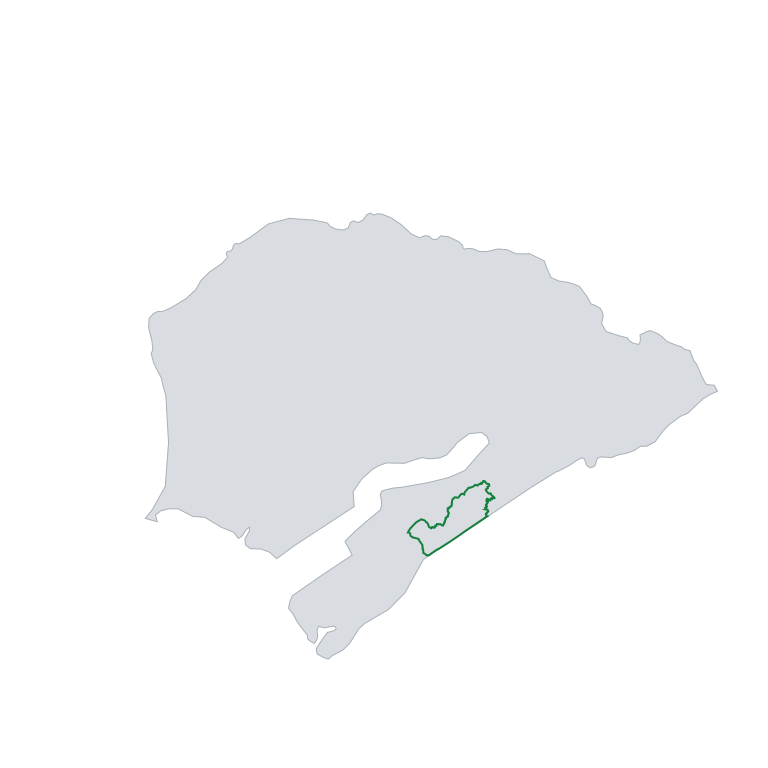 Kolda, Kolda, Senegal (highlighted), rotated 326°
{"feature_id": "50182788B77977720497228", "entity_name": "Kolda", "entity_type": "district", "adm_level": 2, "iso_a3": "SEN", "parent_name": "Senegal", "parent_adm1": "Kolda", "projection": "mercator", "projection_center": [-14.609, 12.87], "detail": "fine", "context": "in_parent", "style": "outline", "palette": "green", "viewbox_px": 768, "rotation_deg": 326, "n_neighbors": 0, "source": "geoboundaries", "source_scale": "gbopen_adm2", "svg_char_len": 8688}
<svg xmlns="http://www.w3.org/2000/svg" viewBox="0 0 768 768"><g transform="rotate(326 384 384)"><path d="M577.3,356.9L585.7,371.7L583.9,378.8L582.0,389.1L586.7,396.6L592.2,401.5L596.2,406.0L600.5,412.2L601.2,424.5L600.5,433.4L603.3,437.4L605.7,442.5L605.2,446.7L603.6,450.5L598.3,455.4L597.4,464.6L606.1,475.8L611.6,481.8L611.5,485.3L613.1,489.1L617.2,493.6L619.7,492.5L622.5,488.9L623.7,486.4L631.1,487.5L634.6,488.6L639.4,495.9L641.1,500.8L642.3,506.8L647.3,514.4L651.6,519.8L652.5,523.1L656.3,527.6L653.9,537.7L654.2,542.8L651.6,556.3L651.0,562.6L651.2,565.0L657.1,569.7L656.4,576.5L650.5,575.3L640.1,574.6L619.3,578.1L612.1,576.6L598.5,577.1L588.8,579.1L576.4,583.5L566.8,582.4L561.6,578.9L554.8,579.1L547.1,577.3L539.0,573.9L531.5,572.2L523.4,566.0L519.6,564.9L517.0,566.5L514.8,568.6L512.4,569.9L508.1,568.8L506.4,564.6L507.8,560.5L508.2,557.4L506.1,555.7L501.2,555.1L493.2,555.2L480.4,553.9L477.5,553.1L448.8,552.0L419.0,551.9L393.7,551.8L361.9,551.7L339.5,551.6L318.6,551.5L302.4,559.8L285.0,568.7L261.5,573.5L234.4,571.7L225.8,573.0L216.9,577.0L210.3,579.9L201.0,581.6L188.9,580.2L184.1,581.0L181.0,577.0L177.6,570.4L179.8,565.5L187.1,562.4L198.1,558.3L203.9,560.4L207.3,560.5L207.9,557.9L206.9,556.5L198.5,553.0L194.2,548.3L190.6,551.0L187.5,556.8L185.0,558.5L181.2,560.1L179.1,556.2L178.2,552.4L179.9,549.5L179.0,533.0L180.0,524.2L179.5,516.5L184.7,511.4L189.7,508.3L209.0,508.0L227.0,507.8L244.3,507.9L261.9,508.1L263.7,492.7L269.3,491.5L277.7,489.9L293.2,488.0L310.6,486.3L314.3,483.2L317.2,478.1L319.0,473.5L322.6,471.6L327.4,473.1L333.8,475.6L340.4,479.3L348.0,482.7L353.0,484.9L365.1,490.3L385.8,497.9L402.8,500.9L423.4,495.3L438.3,491.8L440.1,485.2L437.8,478.7L426.7,472.8L411.7,473.5L407.1,475.1L400.1,477.0L395.8,477.8L388.8,476.4L379.7,471.3L374.1,466.2L366.2,463.7L356.8,461.3L341.7,450.7L333.8,448.8L326.4,448.3L312.1,450.4L298.1,456.0L290.8,468.9L276.8,468.7L247.1,468.3L219.8,467.9L197.3,468.8L195.1,459.5L189.7,452.0L181.1,445.7L179.2,439.8L182.1,434.6L190.5,430.4L192.4,427.4L188.0,427.8L181.4,430.6L177.0,430.7L176.4,422.6L169.1,412.0L160.8,394.2L151.4,386.9L143.6,372.4L135.4,366.9L127.8,364.3L121.3,364.8L119.0,371.4L110.9,361.9L121.9,358.5L145.4,346.6L172.4,312.4L196.6,271.8L199.7,262.2L202.7,254.9L204.6,238.3L208.1,228.4L211.4,226.5L215.5,218.9L220.4,205.6L226.0,198.2L232.3,196.7L237.2,197.4L240.7,200.1L250.9,201.8L267.8,202.5L280.9,200.5L290.1,195.8L302.3,193.5L317.3,193.4L325.2,191.5L326.0,187.7L327.9,186.5L331.1,188.0L334.0,187.4L336.8,184.7L339.6,184.5L342.3,186.9L354.9,187.6L377.4,186.6L398.1,193.7L417.1,208.6L427.0,218.6L427.6,223.5L430.7,228.6L436.4,233.6L441.6,234.6L446.3,231.4L450.0,231.7L452.7,235.6L458.2,236.4L464.2,234.0L468.5,234.8L469.3,237.1L470.3,238.3L473.2,238.9L477.1,241.8L482.6,249.8L487.1,260.8L490.6,274.9L495.2,282.6L500.9,283.9L504.1,286.8L504.8,290.2L506.5,292.5L509.2,293.7L514.0,293.0L519.6,297.7L525.7,308.1L526.6,312.8L525.7,315.3L526.0,317.1L530.1,318.9L533.9,322.3L537.0,327.3L543.7,331.9L554.0,335.8L561.4,341.7L566.0,349.6L575.4,356.2L577.3,356.9Z" fill="#d9dde1" stroke="#a8b0b8" stroke-width="1"/><path d="M325.1,551.0L335.9,550.9L336.0,551.2L336.7,551.3L350.4,551.6L360.1,551.6L369.6,551.4L377.2,551.4L395.8,551.4L395.3,550.7L394.7,549.5L394.9,549.7L395.1,549.7L395.5,549.3L396.2,549.0L396.0,548.5L396.2,548.4L396.8,548.7L397.1,548.5L397.0,548.2L397.0,547.6L397.1,548.2L397.2,548.4L397.5,548.5L397.9,548.4L397.9,548.0L398.1,547.9L398.6,548.0L399.0,547.9L398.8,547.5L398.9,547.3L399.0,547.3L399.5,546.9L399.6,546.7L399.6,546.4L399.2,545.9L399.2,545.3L399.0,544.9L398.9,544.7L398.1,544.8L397.9,544.6L398.4,544.7L398.6,544.4L398.6,543.6L398.6,543.4L398.9,543.0L399.1,543.0L399.2,543.4L399.4,543.5L399.7,543.5L400.1,543.5L400.9,543.1L400.9,542.9L400.9,542.7L400.6,542.3L400.6,542.2L400.6,541.7L400.8,541.4L400.9,541.1L401.3,541.0L401.7,541.2L402.0,541.1L402.2,540.9L402.5,540.9L403.5,540.4L403.7,540.1L404.0,540.1L404.2,539.9L404.2,539.7L404.1,539.4L403.9,539.4L403.4,539.8L403.3,539.7L403.6,539.5L403.7,539.1L403.7,538.9L403.8,538.7L403.7,538.5L403.6,538.1L404.1,538.0L404.7,537.6L404.8,537.6L405.0,537.8L405.3,537.4L405.3,537.2L404.9,537.1L404.8,536.9L405.1,536.7L405.6,537.1L405.9,537.6L405.6,537.9L405.5,538.9L405.6,539.1L405.9,539.0L406.2,539.1L406.8,539.8L406.9,539.7L407.0,539.4L407.2,539.5L407.7,539.2L408.2,538.9L408.3,539.1L408.1,539.1L407.8,539.2L408.0,539.5L408.3,539.6L408.7,539.5L408.9,539.8L409.1,539.9L409.3,539.7L409.5,539.6L409.7,539.3L409.4,539.1L409.5,538.9L409.4,538.8L409.5,538.8L409.8,538.9L410.2,538.9L410.2,539.1L410.6,539.7L411.1,540.2L411.9,540.4L412.0,540.1L411.8,539.1L411.8,538.9L411.7,538.3L411.5,537.8L411.2,537.4L411.1,536.8L411.1,536.5L411.0,535.8L411.3,534.6L411.2,534.4L411.1,534.1L410.3,534.0L409.7,533.6L409.3,532.6L409.3,531.3L409.1,531.1L409.0,530.2L409.1,529.3L409.2,528.5L409.5,528.3L410.8,528.5L411.2,528.4L411.5,528.5L411.8,528.4L411.8,527.8L412.0,527.6L412.2,527.2L412.4,527.0L412.8,527.0L413.3,527.3L413.6,527.4L414.1,527.3L414.6,527.0L414.8,526.6L415.0,525.8L415.0,525.6L414.4,524.9L414.2,524.7L413.9,524.6L413.6,524.2L413.4,523.9L413.2,523.2L413.3,522.4L413.2,522.0L413.3,521.8L413.1,521.5L413.1,520.8L412.9,520.6L412.4,520.4L412.3,520.2L412.1,520.3L411.9,520.2L411.7,520.1L411.4,520.6L410.5,520.7L410.1,521.0L409.9,520.8L409.6,521.4L409.3,521.4L409.1,521.3L408.9,520.8L408.7,521.0L408.1,520.9L407.6,520.7L407.5,520.4L407.1,520.5L406.9,520.5L406.1,520.1L405.5,520.3L404.9,520.5L404.8,520.2L404.3,519.9L403.9,519.2L403.6,519.1L403.1,518.9L402.9,518.5L402.0,518.8L401.5,518.9L400.5,518.9L399.4,518.6L399.1,518.6L398.6,518.4L397.8,518.2L397.5,518.3L397.2,518.2L396.9,517.8L396.9,517.6L396.7,517.5L395.5,517.4L394.8,517.8L394.1,517.9L393.3,518.2L391.5,518.5L390.9,518.8L390.5,519.0L389.8,519.3L389.3,519.8L388.7,520.5L387.6,518.9L387.5,518.7L387.1,518.5L386.9,518.5L386.6,518.4L386.1,518.6L384.6,518.8L384.0,519.1L382.8,519.5L382.3,519.8L381.8,519.6L381.0,519.1L380.5,518.5L380.4,518.3L380.0,518.0L379.9,518.0L379.2,517.5L378.9,517.5L378.1,517.7L377.8,517.7L377.4,518.0L376.9,518.0L376.5,517.9L376.3,518.0L374.8,519.2L374.2,520.0L374.0,520.4L373.9,520.5L373.6,520.6L373.3,521.0L373.1,521.5L372.8,521.9L372.7,522.1L372.6,522.3L372.1,522.5L371.5,523.0L371.2,523.1L370.9,523.0L370.6,522.6L370.1,522.9L369.7,522.9L369.2,523.2L368.6,522.7L368.3,522.7L368.1,522.7L368.4,523.1L368.1,523.3L367.7,523.2L367.2,523.5L366.9,523.4L366.7,523.5L366.6,524.0L366.3,524.5L366.0,524.6L365.7,525.0L365.7,525.3L365.7,525.7L365.6,526.1L365.8,526.3L365.7,526.7L365.7,526.8L365.4,526.9L365.4,527.4L365.1,527.4L364.8,527.9L364.4,528.0L364.1,528.4L363.7,528.6L363.5,528.9L363.4,529.2L363.2,529.4L363.0,529.2L362.4,529.1L362.2,529.5L361.7,529.6L361.3,529.5L360.9,529.8L360.6,529.9L360.2,529.4L360.0,529.6L359.7,530.1L359.5,530.8L359.1,531.0L358.6,531.0L357.5,531.7L357.6,532.0L357.4,532.2L357.3,532.5L357.2,532.5L356.6,532.8L356.3,533.0L356.0,532.9L355.5,533.5L355.2,533.5L354.5,533.8L354.2,534.1L353.9,534.1L353.7,534.3L353.0,533.5L352.9,532.7L352.5,532.3L352.4,531.8L352.0,531.7L351.8,531.5L351.7,531.2L351.0,531.0L350.8,530.9L350.5,530.3L350.4,530.2L350.0,530.1L349.6,529.8L349.4,530.1L349.2,530.0L349.1,529.9L348.9,529.9L348.5,530.1L348.1,530.9L347.8,530.9L347.7,530.9L347.6,530.7L347.4,530.7L347.0,530.8L346.8,530.4L346.7,530.5L346.7,530.8L346.2,530.9L345.9,531.2L345.4,531.4L345.2,531.1L345.0,530.7L344.5,530.4L344.4,529.7L344.1,529.5L343.7,529.5L343.4,529.8L342.7,530.1L342.3,529.9L342.4,529.7L342.1,529.0L341.9,528.6L341.8,528.4L341.4,528.0L341.3,527.8L341.8,526.0L342.0,525.7L342.0,525.1L342.1,524.7L342.2,524.0L342.2,523.1L342.1,522.8L341.7,522.4L341.6,520.4L341.0,519.2L340.8,518.8L340.2,518.4L339.9,518.0L339.6,517.5L339.6,517.3L339.1,517.0L338.7,517.0L337.6,516.9L336.6,516.9L336.1,516.8L335.6,516.8L335.3,516.7L335.1,516.8L334.4,516.7L333.6,516.8L333.4,516.7L332.9,516.8L332.4,516.8L331.2,517.1L329.2,517.5L328.5,517.6L328.1,517.8L327.3,517.9L326.4,518.1L326.2,518.1L325.9,518.3L325.5,518.4L325.4,518.4L324.8,518.5L323.9,518.9L323.4,519.2L323.1,519.3L322.9,519.4L322.1,519.7L321.6,520.1L321.4,520.1L320.8,520.5L321.7,521.1L321.9,521.3L322.0,521.7L322.1,522.4L322.1,522.8L321.3,524.0L321.1,524.6L321.2,525.3L321.5,525.6L321.8,526.5L321.8,526.9L322.0,527.3L322.2,527.6L322.5,527.7L326.0,531.7L326.0,531.8L325.9,532.5L325.7,533.2L325.6,533.8L325.7,534.5L325.7,535.8L325.8,538.7L325.7,539.3L325.4,539.7L324.8,540.3L324.7,540.5L324.7,541.2L324.6,541.5L324.3,541.8L323.9,541.9L323.7,542.1L323.7,542.5L323.8,542.9L323.8,543.3L323.4,543.8L322.8,545.1L322.2,545.9L322.1,546.2L322.2,546.3L322.5,546.6L322.6,546.9L323.1,547.8L323.3,549.4L323.5,549.9L323.7,550.0L323.9,550.0L324.2,550.1L324.6,550.3L325.0,550.7L325.0,550.8L325.1,551.0Z" fill="none" stroke="#15803d" stroke-width="2"/></g></svg>